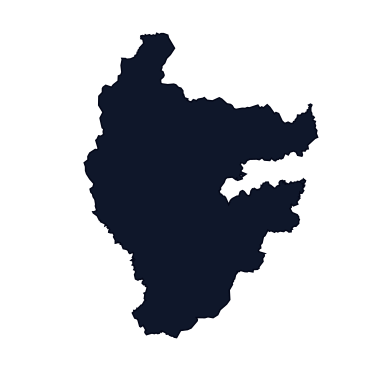 outline of Sardinata, Norte de Santander, Colombia, rotated 12°
{"feature_id": "7082276B13040058955326", "entity_name": "Sardinata", "entity_type": "district", "adm_level": 2, "iso_a3": "COL", "parent_name": "Colombia", "parent_adm1": "Norte de Santander", "projection": "mercator", "projection_center": [-72.77, 8.259], "detail": "fine", "context": "isolated", "style": "filled", "palette": "ink", "viewbox_px": 384, "rotation_deg": 12, "n_neighbors": 0, "source": "geoboundaries", "source_scale": "gbopen_adm2", "svg_char_len": 6015}
<svg xmlns="http://www.w3.org/2000/svg" viewBox="0 0 384 384"><g transform="rotate(12 192 192)"><path d="M99.1,232.0L99.8,233.0L104.3,235.0L107.2,238.7L108.6,239.1L108.7,240.0L114.0,241.3L113.9,243.2L115.2,242.1L116.3,242.8L116.4,244.2L117.1,244.2L117.3,244.9L118.0,244.4L119.4,246.1L118.8,246.7L118.9,248.7L121.4,248.9L122.6,248.3L123.7,249.1L124.9,250.4L124.6,252.2L127.0,255.0L127.6,258.0L129.2,257.3L129.9,256.2L130.5,256.8L132.4,256.5L132.7,258.0L134.1,257.9L136.5,261.7L139.8,261.7L141.7,262.4L142.9,264.5L144.1,265.1L146.4,263.4L147.2,263.6L147.8,265.7L147.3,268.5L149.4,269.5L147.7,270.2L146.6,271.6L149.4,271.5L148.7,272.7L149.3,274.3L148.7,275.8L150.5,275.9L151.0,277.5L151.7,277.7L151.2,280.1L152.4,280.2L153.6,281.8L153.0,284.8L154.8,288.8L157.5,289.4L158.1,288.5L160.2,288.1L161.2,286.9L163.2,288.5L162.2,290.2L162.3,291.7L164.3,292.8L165.9,292.1L166.1,293.8L168.1,294.3L167.7,299.9L166.1,301.0L167.3,302.1L167.5,306.2L169.1,307.6L168.2,308.4L166.8,312.9L165.8,313.2L163.9,316.2L163.9,317.2L162.4,317.1L162.3,318.5L160.9,319.9L159.7,320.0L160.1,321.1L158.8,322.7L162.2,327.2L164.7,327.5L165.9,328.6L168.8,334.2L169.8,334.6L171.9,332.5L175.8,336.9L175.0,337.9L175.2,339.3L177.1,341.0L182.1,338.3L184.7,338.3L186.1,337.3L187.8,337.6L189.3,337.0L190.7,334.5L191.4,335.2L191.8,334.2L195.8,335.2L196.5,336.4L198.7,335.7L199.7,336.7L202.1,337.2L203.6,336.9L204.7,337.7L207.2,337.6L209.6,329.8L216.2,327.5L219.4,325.2L223.8,317.0L223.8,315.8L222.3,313.9L230.8,312.2L233.5,310.7L238.8,310.5L242.7,306.7L244.0,301.3L249.1,294.5L251.3,289.5L248.8,280.2L250.8,274.0L250.1,272.7L251.1,270.5L250.8,269.1L251.7,268.2L251.8,263.9L253.2,261.2L252.7,260.3L254.8,259.9L255.0,259.2L256.3,258.6L260.5,258.9L262.9,258.4L263.6,257.6L268.2,257.5L268.1,255.1L272.1,254.0L273.4,252.6L273.0,251.3L275.9,245.2L274.8,242.5L276.0,239.5L275.2,237.6L275.9,237.1L270.8,236.7L269.5,236.3L269.1,235.4L269.6,233.7L270.9,232.5L269.8,229.5L271.1,227.3L271.1,221.0L272.4,219.6L274.1,213.5L275.8,214.3L277.5,213.4L281.1,214.2L282.3,212.8L284.2,213.2L286.2,211.8L290.0,211.6L291.1,210.1L293.2,210.0L295.1,211.0L297.2,210.3L296.8,208.1L297.9,207.5L297.1,206.7L297.6,205.6L299.1,204.2L300.8,203.9L302.9,200.5L302.4,198.8L302.7,196.5L301.6,195.7L301.5,194.2L299.7,192.4L294.2,191.3L291.2,187.8L292.2,186.3L291.5,183.5L292.1,183.3L294.0,184.5L298.0,181.9L296.5,179.8L298.8,175.5L297.4,174.6L298.4,173.6L297.5,171.7L297.6,169.8L298.6,170.6L299.9,170.3L301.0,167.4L299.3,166.1L300.3,164.0L299.3,163.5L299.4,162.7L300.4,163.2L300.9,162.6L300.7,161.8L299.4,161.8L299.3,160.9L298.6,160.9L300.0,159.9L300.6,158.3L300.6,157.2L299.3,157.0L299.2,155.9L299.0,156.7L298.2,156.1L297.9,157.5L297.0,157.5L295.5,159.1L295.9,159.6L292.8,159.7L292.4,160.7L290.0,161.1L289.2,162.5L287.3,161.9L287.1,162.3L286.6,161.7L285.0,164.3L282.7,163.9L282.2,164.6L281.9,164.0L281.4,164.5L280.4,161.8L279.2,162.2L279.0,163.4L278.1,161.9L276.1,162.8L275.3,164.5L276.2,167.7L274.6,168.1L273.5,169.2L273.2,170.5L271.9,171.3L267.3,169.0L266.0,169.1L264.5,166.5L262.0,167.1L261.5,168.2L259.9,168.7L259.6,171.1L258.3,171.1L258.7,173.3L257.1,175.8L256.3,175.6L255.2,176.5L252.1,175.5L251.7,176.4L250.5,176.3L249.5,178.8L249.6,182.2L248.7,184.0L246.4,183.7L243.0,180.8L241.2,180.1L239.8,181.1L239.1,182.0L238.8,186.3L236.9,186.7L232.8,190.1L231.4,192.2L230.5,196.7L225.8,190.3L224.5,189.5L223.0,189.7L221.4,188.2L219.7,187.9L218.2,185.4L219.4,183.5L218.8,181.5L221.3,176.1L221.9,172.3L223.1,170.7L228.4,169.0L232.1,170.7L232.9,169.3L233.4,170.9L234.2,171.1L238.4,168.6L237.6,167.3L235.2,165.9L235.3,164.7L236.8,164.5L238.4,166.2L241.2,163.2L235.8,162.2L235.4,160.1L236.5,158.9L236.4,157.8L233.5,155.3L233.9,153.1L235.1,152.8L237.0,153.7L238.2,152.6L239.2,149.8L241.8,147.9L248.5,146.3L251.0,146.4L253.5,143.9L256.1,145.7L261.5,145.0L262.8,142.4L265.9,144.1L267.3,144.1L268.0,142.6L269.6,142.1L270.5,140.8L272.3,141.1L273.9,139.9L274.8,135.3L275.9,135.0L278.4,135.7L279.6,132.5L283.0,130.7L285.7,131.4L287.7,134.1L292.0,134.1L292.3,132.8L291.1,130.2L291.3,128.8L294.1,128.4L294.8,126.3L296.7,125.6L295.3,122.1L301.2,113.9L303.5,112.3L301.3,108.9L301.3,105.8L298.9,103.9L299.0,101.4L297.7,99.4L298.0,97.3L295.4,96.9L295.1,95.5L296.1,93.7L295.0,92.8L293.4,92.7L292.7,90.0L291.4,88.4L290.6,84.7L291.2,82.0L289.7,81.4L288.0,82.7L289.5,83.8L288.8,85.2L289.5,86.2L287.7,87.9L288.2,89.5L286.9,90.4L286.8,91.5L283.4,92.2L282.3,94.4L279.3,94.8L279.5,97.3L278.0,100.1L278.2,101.4L276.8,102.0L276.5,103.8L274.5,104.5L271.5,103.7L268.5,105.7L265.4,103.9L260.4,97.3L257.6,96.8L256.3,98.3L250.6,93.0L247.4,91.0L244.5,94.8L242.4,94.3L240.9,95.9L238.4,93.3L230.7,97.8L228.6,97.9L226.7,99.2L223.7,99.7L217.8,102.1L215.6,101.7L213.4,99.3L211.6,98.4L207.8,98.5L201.9,95.0L199.1,94.2L193.2,98.6L187.7,99.2L184.4,97.1L183.1,98.2L178.8,99.9L177.5,101.8L174.1,101.4L172.6,104.1L170.4,104.0L168.2,103.2L168.6,101.9L165.1,101.4L163.9,99.2L163.1,99.0L163.4,98.2L162.6,97.7L162.0,94.9L159.5,92.7L157.0,92.6L153.9,90.5L151.7,90.3L145.9,92.1L140.3,92.5L138.8,92.0L137.8,88.5L140.1,85.3L140.4,83.5L138.6,80.5L136.2,79.7L136.7,76.7L136.3,74.9L138.5,71.4L139.3,66.6L142.2,62.1L145.0,55.0L136.9,46.2L135.7,43.6L131.3,43.0L128.8,43.5L127.3,44.8L124.5,44.1L123.9,46.7L121.6,46.4L119.5,47.7L117.7,47.0L115.0,48.4L113.6,47.9L113.3,49.5L111.3,49.2L109.6,49.9L109.6,50.8L110.4,50.7L110.1,52.6L112.2,52.8L113.9,56.7L110.7,62.1L111.0,62.9L109.9,64.5L110.2,66.5L109.4,66.7L109.5,69.3L107.9,70.3L108.0,71.9L104.3,74.6L100.5,75.8L99.3,75.3L95.6,75.9L96.2,76.9L96.3,82.8L98.5,89.4L98.1,92.3L95.9,93.8L96.7,98.8L92.8,103.5L91.5,106.3L85.4,105.6L83.3,108.0L82.9,109.4L83.7,113.2L81.0,117.6L82.7,126.5L88.4,132.5L86.7,138.8L90.8,147.8L92.6,148.6L92.6,151.5L93.6,154.0L91.4,156.4L89.0,156.5L88.2,160.0L87.2,161.4L91.3,169.0L90.3,170.5L88.5,170.5L83.9,175.1L82.8,178.9L83.6,182.2L80.5,185.8L82.6,189.3L83.5,193.3L85.1,196.1L89.3,200.4L94.4,204.2L94.1,207.8L91.7,210.3L93.1,213.2L95.1,214.5L96.3,217.2L98.6,219.5L100.4,224.1L100.4,225.8L102.7,229.9L100.3,231.8L99.1,232.0Z" fill="#0f172a" stroke="#020617" stroke-width="1.5"/></g></svg>